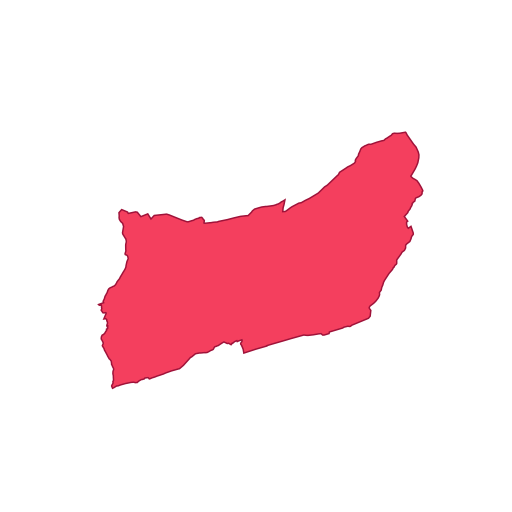 Poienarii De Arges, Arges, Romania, rotated 324°
{"feature_id": "2599482B93022961694156", "entity_name": "Poienarii De Arges", "entity_type": "district", "adm_level": 2, "iso_a3": "ROU", "parent_name": "Romania", "parent_adm1": "Arges", "projection": "robinson", "projection_center": [24.518, 45.066], "detail": "fine", "context": "isolated", "style": "filled", "palette": "rose", "viewbox_px": 512, "rotation_deg": 324, "n_neighbors": 0, "source": "geoboundaries", "source_scale": "gbopen_adm2", "svg_char_len": 6013}
<svg xmlns="http://www.w3.org/2000/svg" viewBox="0 0 512 512"><g transform="rotate(324 256 256)"><path d="M380.2,338.3L381.8,337.4L382.4,336.5L383.5,335.2L385.0,334.8L389.0,334.7L391.8,333.0L392.5,332.3L393.4,331.8L394.4,331.3L395.6,331.1L396.1,330.8L396.8,329.6L398.8,323.1L395.5,323.1L395.5,321.3L396.4,319.0L397.5,317.4L398.1,317.0L399.2,317.0L399.2,311.2L404.4,310.1L405.1,309.4L408.6,308.4L409.3,307.8L411.3,307.0L412.7,306.1L413.0,305.5L413.4,305.2L414.0,305.3L415.1,304.9L416.6,305.0L417.0,304.7L418.7,303.2L419.7,303.0L422.3,303.7L423.1,303.8L425.2,303.8L426.7,303.4L427.3,302.8L428.1,301.7L428.7,301.7L429.4,301.1L430.0,297.8L430.5,292.9L430.5,289.7L429.6,287.4L428.6,285.3L428.1,282.8L428.2,282.4L428.8,282.1L429.5,281.9L435.9,279.1L438.7,277.6L441.7,275.7L445.4,272.3L447.3,269.9L448.4,267.2L449.5,262.0L449.2,258.1L449.4,247.0L449.8,244.4L449.7,243.7L444.5,241.2L442.3,239.8L440.0,237.9L438.3,237.3L436.4,237.9L434.7,237.7L431.3,237.6L429.9,237.4L429.2,237.4L427.6,237.7L426.8,237.4L425.1,236.6L420.4,234.9L414.6,233.2L413.0,231.9L411.4,231.4L410.2,231.3L409.1,230.9L405.4,230.6L403.7,231.0L401.4,232.5L398.8,233.9L397.8,235.0L394.2,236.1L392.6,236.9L392.3,237.8L390.4,238.7L385.7,238.4L382.4,237.8L380.9,237.8L372.8,237.4L370.3,238.7L369.3,238.7L355.4,240.6L352.1,240.4L343.4,241.7L333.0,240.8L328.6,240.0L324.0,239.5L321.7,238.4L314.1,237.3L311.8,237.2L307.7,237.3L305.8,237.2L303.7,235.8L306.4,232.8L308.7,231.0L312.4,227.6L309.7,227.4L308.3,227.1L307.0,227.2L304.6,227.0L303.4,226.5L302.2,226.3L299.7,225.4L293.9,222.3L293.1,221.7L289.4,219.7L286.7,218.7L282.4,217.2L281.3,217.3L279.6,217.4L278.2,217.9L273.3,218.7L271.8,217.7L266.7,214.8L260.5,212.2L254.1,209.7L246.2,206.1L244.6,205.7L242.3,204.2L240.7,203.3L239.6,202.8L234.8,200.0L233.6,199.2L233.3,198.7L235.0,197.0L235.1,196.4L234.9,195.6L234.9,194.9L235.0,194.2L234.8,192.8L232.7,191.6L232.0,191.9L231.6,191.7L230.4,191.1L228.2,190.5L226.2,190.3L225.4,189.9L221.0,188.4L220.1,187.5L217.1,183.2L209.9,171.7L208.3,169.6L197.5,163.4L192.8,164.3L193.2,158.3L186.0,156.5L185.7,150.8L184.5,149.5L177.7,146.5L177.9,144.9L174.6,139.5L170.6,140.4L169.0,143.0L167.7,144.6L167.0,146.1L166.8,148.6L167.3,151.2L166.2,154.3L161.6,158.8L161.1,160.0L160.7,165.1L160.8,165.5L160.6,165.9L159.9,167.6L159.1,168.6L157.6,169.9L156.9,170.7L154.5,174.1L154.1,174.7L154.0,175.0L153.9,175.2L153.0,176.0L151.6,177.0L151.2,177.5L151.1,178.1L151.2,178.3L151.6,178.8L151.9,179.2L152.0,179.6L152.1,180.2L152.0,180.9L151.4,182.3L151.3,182.7L150.9,183.1L148.4,184.6L147.9,185.0L145.3,187.3L144.4,188.3L143.6,188.9L142.2,189.7L141.1,190.2L139.1,191.0L136.4,192.2L134.2,193.1L132.1,194.2L130.1,194.7L128.2,195.3L127.3,195.9L126.6,196.1L126.0,196.5L124.7,196.8L123.8,196.9L123.5,196.9L122.6,196.6L120.9,196.4L119.3,196.0L117.8,196.0L116.9,196.3L115.6,197.0L114.1,198.1L112.3,198.9L111.2,199.5L110.3,199.8L108.0,201.6L105.7,202.8L105.3,204.2L100.1,202.7L100.2,203.4L100.7,204.1L102.0,204.8L101.8,205.3L101.4,206.0L101.2,206.4L100.8,206.8L100.4,207.8L100.2,208.0L99.1,208.7L98.8,209.1L98.9,210.8L98.7,211.6L98.7,211.8L99.0,212.1L99.4,212.6L99.6,212.8L100.2,212.9L101.0,213.4L101.2,213.6L101.2,214.1L100.8,214.5L98.8,215.7L95.9,217.5L97.6,218.3L97.6,218.7L97.8,219.7L97.8,219.9L97.4,220.4L97.1,221.0L97.2,221.5L96.6,222.8L96.0,223.4L95.5,223.8L94.6,224.3L94.5,224.5L94.5,224.8L95.1,225.2L95.1,225.4L94.9,225.6L94.5,225.4L94.1,225.4L94.0,225.6L94.1,226.3L94.1,226.5L93.8,227.0L93.5,227.3L93.1,227.4L92.5,227.3L92.0,227.3L91.8,227.6L91.8,228.0L91.1,228.5L90.9,228.6L90.3,228.6L88.9,229.3L88.5,229.4L88.1,229.7L87.1,229.7L86.4,229.9L85.8,229.7L85.2,229.6L84.8,229.7L84.0,230.2L83.3,230.6L82.2,231.9L82.0,232.3L81.9,232.9L81.9,233.8L81.4,236.3L81.2,236.7L80.7,237.2L79.1,238.1L78.9,238.4L78.9,238.9L78.7,240.6L78.7,241.5L78.5,242.0L78.2,242.7L78.0,243.6L78.0,244.3L77.9,245.0L77.8,245.8L77.7,246.4L77.4,248.7L77.2,249.5L76.8,253.0L76.9,253.3L77.1,253.8L77.1,255.7L76.8,256.6L76.5,257.0L76.2,257.7L75.5,258.7L75.4,259.0L75.3,260.1L74.9,261.4L74.8,262.5L74.6,263.3L74.4,263.7L74.0,264.3L72.6,265.2L72.0,265.9L71.2,266.9L70.5,268.2L70.4,268.7L68.9,270.9L68.2,272.1L67.8,272.5L67.5,273.0L66.9,273.2L66.3,273.6L65.9,274.4L65.6,274.8L65.1,275.1L63.5,275.8L62.9,276.2L62.7,276.5L62.2,278.7L63.9,279.0L66.8,279.2L67.1,279.4L67.6,279.7L68.1,280.0L70.7,280.7L75.3,282.4L80.6,284.8L81.4,285.3L82.9,286.2L83.9,287.5L84.2,287.7L84.8,288.0L85.4,288.5L87.8,288.3L90.1,288.5L90.6,288.6L91.5,289.1L92.2,289.3L93.1,289.7L93.5,289.7L94.1,289.4L94.4,289.5L95.2,289.8L96.8,290.7L97.2,291.0L97.4,291.4L97.4,292.6L97.7,292.9L100.1,293.4L103.0,294.4L105.4,295.0L108.4,296.0L109.5,296.3L111.6,297.0L114.1,297.5L120.2,299.3L127.2,301.9L127.8,302.2L133.0,301.8L142.4,299.8L143.4,299.5L144.4,299.8L149.6,299.5L153.0,301.1L154.2,301.9L154.5,302.1L157.6,303.9L157.8,304.2L159.3,305.1L160.0,305.4L162.2,305.7L163.7,305.8L165.5,306.3L166.4,306.4L167.0,306.2L168.5,305.4L169.3,305.2L171.0,305.8L171.9,305.9L172.9,306.3L175.0,306.3L179.3,306.6L179.6,306.8L181.3,309.9L182.4,310.4L182.6,310.6L183.7,313.1L185.5,312.5L185.7,312.9L185.8,312.9L188.4,312.7L190.7,313.2L190.5,314.2L192.1,314.5L195.3,315.5L195.2,315.8L195.0,316.2L194.3,316.9L193.7,317.2L193.1,317.3L192.2,317.7L192.0,318.1L191.8,318.5L191.8,318.8L191.8,319.2L191.9,319.9L191.6,320.4L191.5,321.2L190.8,323.9L189.1,327.4L201.2,331.3L211.9,335.2L212.1,334.9L217.8,336.9L227.4,340.4L235.6,343.3L248.2,348.0L250.6,350.2L251.6,350.9L256.2,353.5L261.1,355.9L263.0,357.1L263.5,359.2L264.7,360.0L269.5,361.7L270.7,360.6L283.8,365.2L285.4,365.3L289.0,366.8L290.5,368.2L291.3,368.4L292.9,368.3L310.4,372.5L311.1,372.3L313.0,371.8L316.9,367.5L316.9,365.0L317.4,364.1L318.9,363.5L323.4,363.4L326.2,363.0L330.0,361.9L332.1,360.8L333.3,359.9L334.3,358.2L335.2,357.8L337.2,357.2L339.3,355.3L341.5,354.0L343.8,352.2L345.8,351.2L353.4,348.3L358.1,347.2L359.1,346.8L360.3,346.1L361.0,346.2L362.4,345.4L363.3,345.2L364.8,345.1L365.5,344.7L367.5,341.9L374.8,339.5L375.7,339.0L376.7,338.7L379.3,338.7L380.2,338.3Z" fill="#f43f5e" stroke="#9f1239" stroke-width="1.5"/></g></svg>